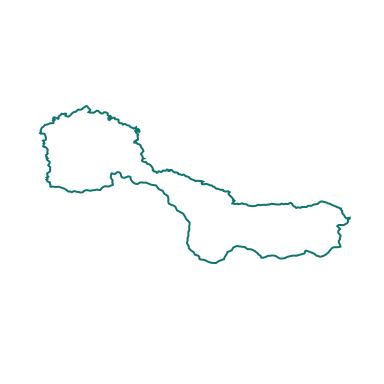 the district of Capitão Poço, Pará, Brazil, rotated 280°
{"feature_id": "56859067B50516914991267", "entity_name": "Capitão Poço", "entity_type": "district", "adm_level": 2, "iso_a3": "BRA", "parent_name": "Brazil", "parent_adm1": "Pará", "projection": "equal_earth", "projection_center": [-47.202, -2.066], "detail": "fine", "context": "isolated", "style": "outline", "palette": "teal", "viewbox_px": 384, "rotation_deg": 280, "n_neighbors": 0, "source": "geoboundaries", "source_scale": "gbopen_adm2", "svg_char_len": 6014}
<svg xmlns="http://www.w3.org/2000/svg" viewBox="0 0 384 384"><g transform="rotate(280 192 192)"><path d="M143.1,295.3L144.3,296.6L145.2,298.2L146.7,302.0L147.3,304.3L147.2,305.4L150.9,313.3L151.9,313.7L152.8,313.5L153.5,313.8L154.1,314.7L152.9,321.3L152.3,323.3L150.9,325.7L150.9,327.0L150.5,329.2L150.7,330.2L152.1,332.8L153.4,334.4L155.8,336.6L161.0,339.5L162.1,340.9L162.9,344.9L163.9,347.7L164.5,347.6L168.0,345.4L169.2,345.0L171.1,345.9L173.0,345.6L174.1,346.0L175.0,345.8L176.8,343.6L178.1,342.9L179.5,343.0L181.2,344.3L183.6,341.0L184.6,341.7L185.1,342.5L185.7,347.1L188.4,350.3L190.0,350.9L191.5,350.3L193.2,351.9L194.1,351.8L193.2,349.7L193.0,348.3L193.9,347.1L195.9,345.5L196.6,344.2L197.3,344.1L197.9,343.3L199.6,343.2L200.6,341.6L201.6,341.6L201.5,340.6L202.2,339.3L202.2,337.5L202.7,336.5L203.7,331.7L204.3,330.5L204.4,327.9L204.9,326.7L205.3,321.2L204.2,319.5L202.1,317.8L200.7,313.9L199.2,312.1L198.5,308.6L197.1,307.4L196.9,305.7L196.4,304.1L196.3,302.6L195.3,301.7L195.3,299.1L194.4,297.4L195.2,296.6L195.6,294.6L196.7,293.2L197.9,292.5L198.4,291.3L197.8,289.8L196.9,288.8L196.6,287.7L196.7,286.5L195.9,284.4L196.0,282.0L195.3,281.3L194.8,280.1L194.3,276.4L194.5,274.6L194.1,273.7L194.3,272.6L193.9,271.5L192.9,270.0L192.9,269.0L192.0,266.9L192.1,265.5L190.8,261.2L191.1,260.4L190.7,259.1L189.4,257.1L188.5,253.9L188.4,250.1L188.7,249.0L189.3,248.1L189.2,244.2L189.6,243.2L188.3,240.8L188.0,239.7L188.4,238.9L188.2,237.9L187.7,236.9L187.7,233.8L189.2,234.4L190.2,234.1L189.9,235.0L190.7,235.5L191.4,234.3L192.0,234.0L194.1,231.5L194.3,230.7L194.9,230.4L195.3,229.5L196.5,228.3L198.3,229.1L198.4,227.9L199.0,227.5L198.2,224.7L198.6,222.6L199.3,222.3L199.4,221.3L199.1,219.8L199.7,216.8L199.5,215.7L199.7,214.8L201.0,213.0L201.0,211.5L201.8,210.6L201.8,208.3L202.4,206.0L202.4,204.6L201.4,201.2L201.7,200.3L202.5,199.9L204.1,201.2L204.4,199.8L204.3,198.5L203.9,194.7L203.3,193.7L204.0,192.1L204.4,189.5L205.1,187.3L205.9,186.9L206.5,184.5L206.4,183.3L207.6,181.1L207.6,180.1L206.9,179.2L207.5,177.0L207.1,176.1L207.5,175.1L208.3,174.8L208.6,172.7L208.2,171.9L208.9,169.7L209.9,168.6L210.2,167.6L209.9,166.7L209.2,166.8L208.7,166.0L208.7,165.0L209.6,164.7L209.8,163.6L208.4,162.4L208.0,159.5L207.0,159.0L206.3,158.1L206.7,155.7L205.2,154.8L204.8,153.8L205.7,153.3L205.7,150.8L206.5,149.7L207.1,150.1L208.2,149.1L209.0,149.0L210.9,146.9L211.9,144.9L212.0,142.7L213.1,142.2L213.5,141.4L213.2,140.3L213.6,138.2L214.2,137.3L216.0,137.5L216.6,138.8L216.9,137.9L218.3,137.1L220.5,135.1L223.9,137.1L226.0,135.7L226.7,134.6L229.2,133.1L229.7,131.8L229.8,130.3L230.4,129.3L231.1,128.8L230.7,128.0L230.6,126.6L231.3,126.3L232.0,126.8L232.6,127.7L233.5,128.3L234.0,129.5L234.7,129.7L238.1,128.5L238.7,129.1L239.5,128.8L240.6,126.8L242.2,125.6L242.6,127.0L242.0,129.5L242.7,129.8L244.2,129.0L244.7,127.9L243.3,126.7L243.7,126.0L244.6,125.6L245.3,125.9L246.0,125.7L244.7,124.2L244.3,123.3L245.0,122.5L244.9,121.3L245.3,120.1L246.0,119.4L246.4,118.4L246.5,116.5L247.3,114.5L247.2,113.5L246.3,112.3L247.1,111.7L247.5,110.2L247.3,108.6L248.1,107.7L250.5,107.0L250.4,104.5L250.6,103.4L251.5,103.1L251.7,102.3L251.4,101.3L250.0,99.4L248.5,98.1L248.9,97.2L249.7,96.8L250.6,96.9L252.0,99.1L252.7,98.5L252.6,96.6L253.0,95.6L254.7,95.4L255.2,94.5L255.5,92.9L255.2,91.6L253.8,90.3L253.6,89.1L254.0,87.9L255.7,85.3L255.5,84.1L253.0,81.5L252.5,77.3L252.7,76.2L254.6,77.5L255.3,77.5L257.0,75.1L257.9,74.4L258.4,73.3L257.7,72.1L257.1,71.8L255.9,70.2L255.0,69.8L253.7,68.1L253.3,65.5L250.9,63.6L250.3,61.9L248.5,60.1L246.7,59.1L244.8,57.3L244.7,56.1L245.1,54.1L247.1,54.3L247.2,53.3L246.6,52.4L246.3,51.2L246.4,49.9L244.8,49.1L243.5,47.8L242.6,47.5L241.7,47.9L240.8,47.5L241.4,45.1L241.5,43.7L241.4,42.7L240.0,42.4L239.2,44.3L238.3,43.8L238.0,42.9L237.4,43.4L235.8,43.5L234.9,40.2L233.3,37.6L232.5,35.5L230.2,34.0L229.7,33.3L228.9,32.9L226.5,32.2L225.1,32.9L223.6,32.1L223.2,32.9L223.7,35.4L223.6,36.7L220.5,38.7L218.2,38.9L217.4,38.1L216.7,36.4L215.1,37.8L214.2,38.2L213.8,37.4L212.8,37.9L211.2,37.5L210.7,38.1L210.7,39.7L210.3,40.8L209.1,42.2L208.2,42.7L206.0,42.5L205.0,43.2L204.0,42.9L203.5,42.2L202.8,41.8L202.0,41.9L201.4,42.9L200.5,42.8L200.1,43.9L199.5,43.2L198.5,43.7L197.9,44.7L197.6,45.7L196.8,46.7L195.5,46.7L193.3,45.8L191.9,48.0L188.3,48.6L187.5,48.5L185.1,46.1L182.7,47.0L182.1,47.8L181.1,46.5L180.7,47.3L179.7,47.5L178.9,46.5L177.3,48.0L176.7,50.5L175.5,50.5L174.8,51.2L174.0,51.5L173.0,51.4L172.5,52.2L173.2,53.9L173.2,57.0L174.0,59.7L173.9,60.9L173.1,65.7L172.0,68.4L171.1,69.9L171.0,70.9L171.4,71.6L170.9,73.7L172.1,75.2L172.4,76.0L172.2,78.8L172.3,80.9L172.1,81.8L172.5,83.8L173.0,84.6L174.3,85.4L175.6,87.8L175.6,92.0L176.5,93.8L176.9,95.8L177.8,97.5L178.0,101.3L180.5,102.7L182.3,104.7L182.6,105.6L182.9,108.8L183.2,109.7L183.8,110.2L185.1,112.7L185.9,112.8L188.2,111.6L189.2,112.0L190.0,111.6L191.2,110.1L192.6,109.4L195.8,109.4L196.4,109.7L196.2,112.9L198.2,114.5L198.7,115.4L198.7,116.3L198.6,117.2L198.1,118.0L197.4,118.6L195.2,119.6L194.5,120.3L194.2,121.2L194.2,123.1L196.2,126.2L196.4,128.0L195.9,128.9L194.4,129.2L192.3,130.7L190.8,133.2L190.3,135.1L190.4,137.0L192.1,138.9L192.7,140.7L192.8,142.9L193.3,144.9L192.1,150.6L192.2,155.6L189.1,158.6L188.0,163.0L185.9,164.5L185.3,165.3L184.6,167.4L183.6,169.0L181.4,169.9L178.1,170.4L176.5,171.2L175.6,174.8L175.5,176.1L174.7,178.0L171.4,180.4L169.3,186.6L168.8,187.5L163.9,191.5L161.9,194.7L159.7,195.3L157.4,195.2L155.3,195.8L153.3,195.9L152.3,195.3L148.0,196.1L146.0,195.6L143.9,196.1L140.8,195.9L138.1,198.1L136.1,198.7L134.2,201.3L132.9,204.2L130.8,205.7L130.3,209.3L129.3,210.5L128.2,210.6L127.1,211.3L127.2,216.3L126.1,220.1L125.6,223.4L126.2,227.9L128.6,230.3L131.4,235.2L133.2,235.4L137.8,237.3L139.1,237.4L141.1,240.7L141.9,241.4L144.4,242.3L145.5,243.6L146.6,245.9L146.9,253.6L145.4,256.5L145.8,259.7L145.6,261.3L144.9,263.9L142.8,267.6L141.9,268.4L141.1,270.6L139.3,271.7L139.8,273.9L141.3,276.8L142.1,277.4L143.7,283.2L143.4,285.7L142.1,288.9L141.9,290.3L142.1,292.1L143.1,295.3Z" fill="none" stroke="#0f766e" stroke-width="2"/></g></svg>